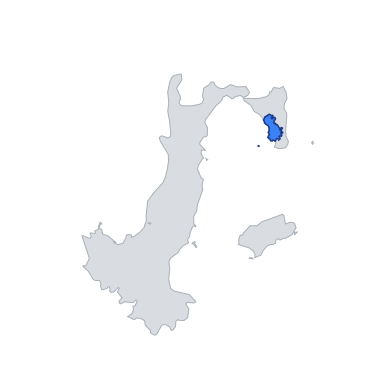 location of Palermo within Italy, rotated 240°
{"feature_id": "ITA-5410", "entity_name": "Palermo", "entity_type": "Province", "adm_level": 1, "iso_a3": "ITA", "parent_name": "Italy", "parent_adm1": "", "projection": "orthographic", "projection_center": [13.554, 38.128], "detail": "fine", "context": "in_parent", "style": "filled", "palette": "blue", "viewbox_px": 384, "rotation_deg": 240, "n_neighbors": 0, "source": "natural_earth", "source_scale": "10m", "svg_char_len": 6119}
<svg xmlns="http://www.w3.org/2000/svg" viewBox="0 0 384 384"><g transform="rotate(240 192 192)"><path d="M90.8,85.6L92.6,86.8L100.0,84.9L104.3,86.6L108.0,84.4L110.6,80.9L110.3,78.1L116.3,74.0L116.6,79.1L119.6,82.7L122.7,83.7L121.8,85.7L124.7,90.0L125.9,89.7L126.4,88.9L125.8,85.4L130.5,78.8L131.0,74.0L131.8,73.6L133.9,74.0L135.4,78.5L142.7,77.4L145.0,80.9L146.2,80.3L144.6,74.4L145.6,71.5L147.5,71.1L148.7,72.5L151.5,73.0L151.7,71.3L151.0,70.1L152.2,65.1L156.3,65.7L158.6,67.5L161.5,67.6L164.1,63.6L166.0,62.7L175.2,62.6L182.1,60.3L182.7,60.9L181.4,62.8L181.8,64.0L185.8,69.9L208.6,74.7L208.3,76.1L203.4,79.8L203.0,81.2L203.7,82.4L207.5,83.3L204.9,86.8L204.9,88.1L206.9,88.3L206.6,92.5L209.1,93.8L211.8,97.4L209.0,98.1L210.2,97.1L207.4,93.5L204.5,95.1L199.9,93.5L196.8,96.9L186.1,101.0L188.0,99.1L187.2,99.1L183.3,101.6L182.3,106.7L185.2,111.8L187.5,113.7L186.4,116.8L185.0,117.9L183.1,117.0L182.5,119.8L183.4,127.2L185.0,132.4L190.3,138.3L194.2,140.2L206.3,149.1L210.7,159.0L214.6,171.4L217.9,176.0L224.7,182.6L230.9,187.4L236.6,190.3L251.7,189.9L255.5,190.9L256.0,192.9L255.3,194.4L250.9,198.0L250.8,200.7L252.9,202.6L263.4,207.5L274.1,211.4L281.4,216.8L290.9,221.0L298.5,227.9L301.2,231.6L301.9,234.5L300.4,239.7L299.5,241.8L294.2,239.2L289.6,230.6L280.5,229.5L277.8,228.1L276.2,225.6L273.3,225.4L271.3,226.9L266.6,235.2L264.2,242.3L264.1,245.2L265.7,247.9L270.2,249.3L276.0,254.1L276.4,260.3L277.6,263.8L276.2,265.8L273.2,265.4L269.4,266.8L266.8,269.2L265.7,271.4L265.7,279.2L260.6,283.4L256.3,291.4L249.6,291.6L248.0,289.2L247.8,285.6L248.9,283.4L251.3,282.3L252.9,277.7L252.3,274.4L253.2,272.9L258.5,270.5L258.6,265.9L256.5,263.8L254.6,255.5L247.7,239.5L245.6,237.9L240.0,237.6L233.2,233.4L232.8,231.6L233.8,229.9L233.0,227.6L230.9,223.5L229.5,222.6L221.3,224.4L223.6,221.1L220.6,219.0L215.5,219.0L215.6,217.6L211.9,211.0L209.5,208.3L200.2,207.0L197.2,208.1L192.6,203.9L188.5,202.3L178.1,190.2L173.1,186.5L170.0,181.2L163.7,177.7L160.8,178.4L160.1,177.7L161.7,176.8L161.4,174.8L157.2,169.5L154.8,167.8L153.1,164.4L149.6,163.5L149.9,157.5L148.7,153.2L146.5,149.5L145.5,140.9L144.5,138.5L142.0,136.5L136.3,134.2L128.6,128.4L119.2,125.3L115.2,127.0L104.5,138.3L95.0,140.5L95.0,138.0L98.9,132.7L98.4,130.6L92.5,130.9L85.3,125.4L84.7,120.9L87.1,116.9L88.5,116.0L88.0,113.2L83.7,110.5L82.1,106.6L82.1,105.4L83.3,104.8L86.0,105.2L90.4,102.9L91.9,99.4L86.3,89.9L86.7,88.1L90.8,85.6ZM186.5,140.6L186.9,138.4L184.9,139.8L185.4,140.8L186.5,140.6ZM247.6,283.3L239.9,295.7L237.3,304.1L237.7,307.2L240.0,309.5L238.9,310.4L241.4,314.2L241.4,315.3L237.9,319.8L237.9,323.7L231.0,323.2L225.4,321.0L222.6,316.6L220.4,314.7L218.0,313.3L213.2,313.4L211.1,312.5L198.3,303.8L193.4,301.4L187.7,300.8L185.4,298.8L183.6,295.0L185.9,289.1L189.7,285.8L193.0,289.6L196.0,288.4L196.1,287.2L198.2,285.7L200.8,285.7L210.8,291.0L216.0,289.5L220.8,290.1L225.2,289.3L230.8,286.1L237.4,286.4L244.9,282.8L247.6,283.3ZM130.7,215.7L133.7,225.5L130.3,231.3L131.2,237.7L127.5,259.2L125.9,259.8L117.6,256.9L116.7,261.8L115.5,263.8L113.7,265.0L109.2,264.4L105.0,257.1L105.1,250.1L106.1,248.1L106.4,244.0L108.2,243.9L108.5,241.2L107.5,239.6L105.9,239.0L106.0,236.0L107.4,233.7L107.6,229.6L105.7,224.2L102.8,220.2L103.8,213.6L106.4,215.4L110.4,215.5L115.3,213.3L123.5,205.8L124.4,207.3L127.7,208.8L130.6,212.3L129.3,214.4L130.7,215.7ZM147.2,166.1L147.9,167.7L147.5,169.8L146.0,168.6L142.2,168.9L141.8,167.8L146.5,167.0L147.2,166.1ZM106.0,260.7L104.7,263.1L103.7,259.7L103.9,259.3L106.0,260.7ZM106.4,208.9L104.5,211.5L103.6,211.4L106.0,208.4L106.4,208.9ZM175.5,321.9L173.2,321.3L173.2,320.1L175.0,320.3L175.5,321.9ZM214.0,220.9L212.1,221.7L212.2,220.3L214.0,220.9Z" fill="#d9dde1" stroke="#a8b0b8" stroke-width="1"/><path d="M194.5,289.4L195.5,288.9L196.2,288.4L196.4,288.2L196.4,287.9L196.4,287.6L196.3,287.4L196.1,287.2L196.1,286.9L196.8,286.3L196.7,286.1L196.8,285.9L197.0,285.7L197.3,285.6L197.5,285.7L198.2,286.0L198.6,286.1L199.2,286.1L199.6,285.8L199.8,285.3L200.1,285.4L200.3,285.3L200.6,285.2L200.9,285.1L201.2,285.0L201.4,284.9L201.5,285.0L201.5,285.3L201.6,285.5L202.3,286.0L202.5,287.0L202.8,287.9L205.3,287.7L205.8,288.2L205.8,288.6L205.8,288.8L206.0,289.1L206.2,289.3L206.8,289.6L207.5,290.2L208.0,290.5L209.0,290.7L209.3,290.9L209.2,290.9L209.2,291.0L209.6,291.0L210.8,291.2L211.3,291.1L212.2,290.6L213.0,290.4L213.3,290.2L213.5,290.0L213.8,289.8L215.2,289.6L215.4,289.3L216.3,289.8L216.7,289.9L217.2,290.0L217.4,289.9L218.1,289.8L218.6,289.9L219.8,291.8L220.6,292.5L220.6,292.8L220.4,293.5L220.5,293.8L220.7,294.6L220.4,294.8L220.3,295.4L220.3,295.9L220.5,296.2L220.8,296.4L220.9,296.7L220.9,296.9L220.8,297.3L220.4,298.1L219.9,298.4L219.3,298.7L218.8,298.8L218.6,298.9L218.4,299.1L218.2,299.8L218.1,300.1L217.8,300.3L217.6,300.1L217.2,299.9L216.8,299.6L216.6,299.6L216.3,299.6L216.0,299.7L215.8,300.0L215.6,300.3L215.4,300.7L215.0,301.0L214.6,301.1L214.2,301.1L213.2,300.5L213.0,300.3L213.0,299.5L212.9,299.1L212.7,298.8L212.4,298.5L211.8,298.3L211.5,298.0L211.3,297.5L211.1,297.3L210.8,297.3L210.5,297.5L209.7,298.6L208.8,298.2L208.6,298.2L208.4,298.4L208.2,299.1L207.9,299.3L207.0,299.6L203.9,299.5L203.6,299.7L203.4,300.0L203.0,300.3L202.7,300.4L202.6,300.9L203.1,301.5L203.0,301.8L202.1,302.3L201.9,302.1L201.7,301.7L201.5,300.8L201.9,299.7L202.0,299.3L201.7,299.1L201.2,299.5L200.5,299.6L200.3,299.7L200.2,299.8L200.1,300.0L199.9,300.2L199.5,300.0L199.3,299.6L199.0,298.8L198.7,298.5L197.6,298.2L196.5,298.3L196.1,298.0L195.6,297.2L196.7,296.4L196.8,296.1L196.6,295.8L196.7,295.3L196.6,295.1L195.6,295.3L194.3,295.0L194.0,294.8L193.9,294.5L193.9,294.1L194.0,293.7L193.7,293.5L193.7,293.0L194.8,293.1L195.4,292.9L195.8,292.3L195.9,291.7L195.0,290.6L194.7,289.9L194.5,289.4ZM215.5,298.8L216.1,298.8L216.4,298.7L216.7,298.5L216.8,298.1L216.7,297.8L216.4,297.7L216.1,297.6L215.9,297.7L215.7,297.8L215.5,298.0L215.3,298.4L215.2,298.6L215.3,298.7L215.5,298.8ZM198.0,299.6L198.5,299.8L198.5,300.1L198.4,300.3L198.1,300.3L197.9,300.3L197.8,300.0L197.8,299.7L198.0,299.6ZM198.5,272.3L198.8,272.3L199.0,272.4L199.0,272.5L198.6,272.9L198.4,273.0L198.1,272.9L198.1,272.7L198.5,272.3Z" fill="#3b82f6" stroke="#1e3a8a" stroke-width="1.5"/></g></svg>